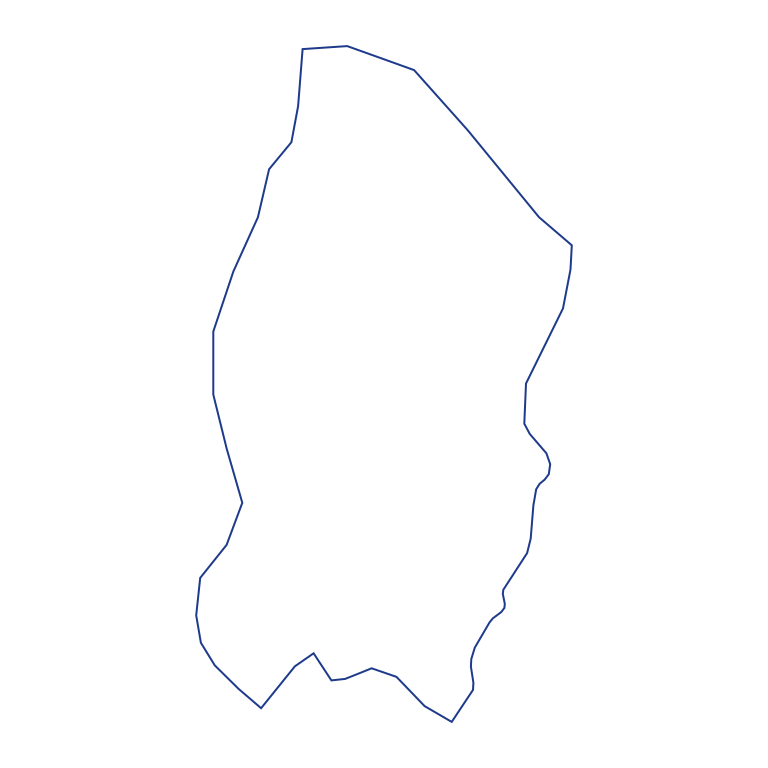 outline of Lola
{"feature_id": "GIN-5650", "entity_name": "Lola", "entity_type": "Prefecture", "adm_level": 1, "iso_a3": "GIN", "parent_name": "Guinea", "parent_adm1": "", "projection": "equal_earth", "projection_center": [-8.285, 7.882], "detail": "fine", "context": "isolated", "style": "outline", "palette": "blue", "viewbox_px": 768, "rotation_deg": 0, "n_neighbors": 0, "source": "natural_earth", "source_scale": "10m", "svg_char_len": 808}
<svg xmlns="http://www.w3.org/2000/svg" viewBox="0 0 768 768"><path d="M571.8,245.3L570.5,269.5L563.0,308.4L526.0,383.5L524.3,423.7L529.8,434.0L546.4,453.3L550.2,464.2L548.8,474.2L544.6,479.7L539.7,483.7L536.2,489.2L533.4,505.3L530.7,538.6L527.1,553.1L503.3,589.8L502.8,593.9L504.8,603.8L504.4,607.9L501.3,612.0L492.9,618.3L489.6,622.3L474.8,647.6L471.3,659.0L470.9,666.6L473.4,682.8L473.0,689.9L451.7,721.9L424.6,706.1L396.5,676.9L371.6,668.3L345.2,678.9L331.4,680.4L313.6,653.3L294.9,666.3L261.1,708.2L238.7,689.0L214.8,665.4L200.9,642.8L196.2,615.4L200.2,577.9L226.6,544.9L242.3,502.8L226.7,448.7L213.3,394.6L213.3,331.5L233.4,271.4L257.9,217.3L269.1,169.2L291.4,142.2L298.1,106.2L302.6,49.1L347.2,46.1L414.1,70.1L467.7,130.2L539.1,217.3L571.8,245.3Z" fill="none" stroke="#1e3a8a" stroke-width="2"/></svg>